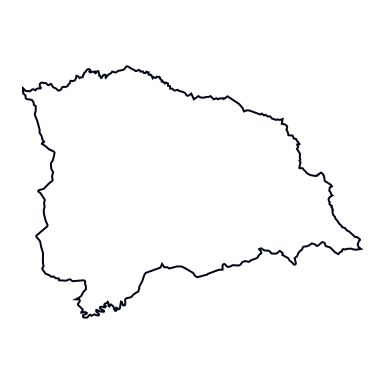 EA Hleo, Đắk Lắk, Vietnam
{"feature_id": "81297802B9030212335391", "entity_name": "EA Hleo", "entity_type": "district", "adm_level": 2, "iso_a3": "VNM", "parent_name": "Vietnam", "parent_adm1": "Đắk Lắk", "projection": "mercator", "projection_center": [108.186, 13.232], "detail": "fine", "context": "isolated", "style": "outline", "palette": "ink", "viewbox_px": 384, "rotation_deg": 0, "n_neighbors": 0, "source": "geoboundaries", "source_scale": "gbopen_adm2", "svg_char_len": 5788}
<svg xmlns="http://www.w3.org/2000/svg" viewBox="0 0 384 384"><path d="M260.4,114.5L249.3,110.5L247.0,110.3L243.9,111.4L242.7,108.2L239.1,104.0L227.5,96.3L224.8,98.4L224.0,98.2L223.6,99.0L222.4,98.2L221.3,98.6L220.4,98.3L217.9,99.2L216.4,98.3L213.6,99.3L210.6,96.1L209.1,96.8L206.3,97.0L203.5,97.7L200.5,97.5L198.4,96.1L193.9,99.3L191.3,93.6L188.9,95.4L187.4,95.8L186.3,95.1L185.4,93.3L183.5,92.1L179.0,90.9L177.7,89.8L175.0,90.6L173.6,90.0L172.1,88.6L170.2,88.7L170.0,86.1L168.1,85.9L168.0,83.5L166.2,82.7L165.1,83.4L164.9,82.6L163.3,82.4L163.2,81.8L161.7,81.5L162.1,80.4L160.8,79.6L160.0,78.4L160.1,77.5L159.1,76.8L158.4,77.2L157.5,76.7L156.7,76.7L155.8,77.9L153.9,77.5L153.3,77.0L152.7,77.9L152.5,77.1L151.7,76.5L151.5,75.5L150.5,74.5L149.3,74.9L148.6,74.5L148.1,73.2L148.6,72.4L146.2,71.7L145.6,73.1L143.6,72.9L142.8,71.4L140.4,71.6L139.8,70.5L138.8,69.9L136.6,71.0L135.5,71.1L134.0,69.7L132.7,69.4L128.3,66.7L127.1,66.3L126.1,66.6L124.7,68.8L123.2,69.9L118.0,70.9L116.5,72.2L115.3,72.5L112.2,71.6L111.1,73.1L108.3,74.7L105.8,77.8L105.5,77.2L106.1,75.5L105.2,74.7L103.4,75.1L101.6,77.8L101.1,78.0L100.2,76.0L99.2,75.7L99.4,74.7L98.3,71.1L96.8,71.5L96.3,72.7L95.5,73.3L95.1,73.1L95.3,71.8L95.0,71.4L93.5,71.9L91.8,71.9L90.5,72.5L89.3,71.7L89.5,71.1L90.4,70.6L90.4,70.2L89.4,69.2L87.9,69.1L86.5,70.3L85.7,71.8L84.3,72.7L84.0,74.4L83.1,74.9L82.8,77.0L81.7,77.4L80.9,77.3L79.7,78.1L77.9,76.1L76.4,75.8L76.1,77.9L74.8,80.4L72.6,81.1L70.5,80.8L69.7,83.4L68.9,83.9L67.4,86.2L65.3,87.1L64.1,86.7L62.2,87.2L61.0,89.6L58.9,90.6L58.1,90.5L56.1,88.6L52.9,87.1L51.3,84.1L50.6,83.9L48.8,85.2L48.2,85.2L45.7,83.0L43.6,83.1L42.1,82.5L40.7,83.0L39.7,84.2L39.8,86.2L40.8,87.8L40.5,88.5L37.9,88.4L36.5,88.9L35.5,90.3L33.2,89.2L31.6,89.9L30.1,91.3L25.7,90.9L25.0,90.6L24.7,89.8L23.0,88.2L23.1,92.8L23.4,93.6L25.4,95.3L25.7,98.1L26.8,99.1L31.7,99.8L33.5,102.1L33.9,104.9L35.8,106.2L35.7,111.2L35.1,112.7L34.8,114.7L37.4,121.4L39.6,129.7L39.6,132.8L41.5,135.8L42.7,140.3L44.1,141.6L43.8,142.3L42.2,143.0L41.9,143.9L45.4,146.1L49.4,149.6L50.8,149.8L51.2,150.4L54.0,151.6L54.6,153.0L53.0,160.0L51.1,162.9L50.9,164.3L51.3,168.8L53.1,172.3L52.0,176.5L52.7,179.9L51.9,181.2L49.1,183.3L44.2,188.4L43.5,188.9L39.0,190.1L38.2,190.9L38.3,191.5L40.7,193.4L44.7,199.6L44.8,200.5L44.3,201.6L44.1,203.2L44.6,206.8L43.8,209.9L43.9,213.6L45.6,220.6L47.6,225.2L47.2,226.4L36.4,235.6L36.4,236.9L39.7,240.7L40.4,242.5L41.1,246.7L43.0,253.0L42.9,261.8L43.5,266.3L42.2,268.3L42.5,269.3L45.4,273.6L49.5,275.3L51.2,276.8L53.7,276.5L55.6,278.2L58.8,278.5L59.0,280.3L66.3,280.7L68.8,279.5L70.3,279.4L72.4,281.2L83.5,280.3L84.5,280.6L85.2,281.6L84.9,283.6L85.8,285.8L86.0,289.1L83.2,292.2L81.3,295.9L79.7,297.2L75.8,299.3L79.2,299.4L79.8,300.2L79.6,301.6L78.1,303.6L77.9,304.8L82.6,309.3L82.8,310.0L81.3,312.2L81.4,312.8L84.5,312.0L85.8,312.3L86.9,313.1L86.5,313.8L83.1,315.1L83.0,316.5L83.3,317.3L85.2,317.7L87.4,317.4L89.2,315.3L90.2,314.7L91.6,315.8L94.4,314.4L97.5,315.5L98.7,315.3L99.0,314.8L98.8,313.9L96.3,311.6L96.3,310.0L97.0,309.9L99.8,311.4L103.7,311.8L104.1,311.3L103.9,310.7L100.5,308.8L100.0,308.2L100.1,307.1L101.6,306.6L104.2,307.4L105.3,307.2L105.8,306.1L104.3,305.4L104.3,304.5L104.9,303.8L106.8,302.9L107.7,301.8L108.1,302.1L108.7,306.2L109.4,306.5L110.1,304.6L111.1,304.5L113.5,306.7L114.0,308.7L115.2,310.8L115.8,310.9L116.3,310.3L116.1,307.8L117.1,307.9L118.1,309.2L119.1,309.2L119.9,308.1L121.0,301.6L121.8,301.9L122.9,305.1L123.6,305.5L124.9,305.1L125.3,304.1L125.1,299.5L125.6,298.9L126.5,298.2L130.4,297.4L131.9,296.4L133.4,294.5L138.2,291.5L139.3,288.3L139.2,286.8L142.3,281.1L144.3,275.0L145.7,272.9L160.4,267.6L162.1,263.9L164.1,267.0L164.9,267.3L167.4,267.2L168.8,268.3L169.6,268.4L177.2,266.4L181.5,266.5L184.5,267.9L193.1,272.9L195.2,276.1L197.4,277.2L207.1,274.6L207.8,273.9L218.4,269.9L222.6,269.6L222.5,265.5L223.3,264.4L224.0,264.0L224.6,264.0L227.1,266.6L228.5,266.9L229.7,266.7L232.6,265.2L238.8,265.5L240.2,264.9L242.4,262.1L243.2,261.7L245.5,261.1L248.8,261.9L251.5,260.0L255.9,258.5L257.7,257.4L258.8,255.2L261.3,253.2L260.9,251.3L259.1,249.2L260.8,248.4L261.4,248.4L264.2,250.4L268.6,250.7L269.7,251.3L271.4,253.4L272.5,253.6L276.0,253.6L277.3,253.1L279.4,251.0L280.4,251.2L282.8,253.4L282.3,254.9L288.1,258.1L289.7,260.6L291.9,262.2L293.7,264.4L294.5,264.7L295.4,264.4L295.9,263.3L294.6,258.1L297.0,256.3L298.6,252.7L299.7,251.3L301.9,249.6L303.0,247.3L303.9,246.6L306.6,246.4L309.3,245.2L311.9,243.4L315.1,244.5L317.0,246.0L318.7,245.2L321.7,242.4L322.9,242.2L324.1,242.7L324.7,243.2L325.5,245.7L326.0,246.2L330.1,247.4L335.4,252.6L338.3,254.1L340.3,251.9L342.0,251.4L342.3,249.7L343.1,249.1L345.2,249.5L346.6,248.9L350.8,248.6L354.2,249.6L356.8,249.6L361.0,248.9L358.5,247.1L357.7,244.4L358.8,241.2L359.9,240.2L359.9,239.4L357.4,237.2L355.3,237.1L349.2,231.6L346.9,230.4L344.8,228.0L342.1,227.2L341.4,225.6L339.3,223.8L336.8,220.0L335.4,218.7L335.0,216.9L333.3,215.1L332.4,211.9L333.0,210.4L332.3,209.8L332.5,208.5L331.6,207.5L332.0,206.9L331.9,206.1L331.1,205.9L330.8,205.2L329.6,204.4L329.4,203.6L329.8,202.3L329.0,201.2L328.5,199.1L329.7,197.1L332.4,195.5L331.3,194.7L330.8,192.6L329.3,190.9L329.8,187.4L331.9,186.4L330.9,184.8L324.8,181.0L323.9,175.6L323.4,175.4L323.0,174.2L321.1,172.6L319.7,173.4L318.8,174.5L317.5,174.6L317.3,175.6L316.7,175.9L314.7,175.9L310.1,175.0L307.0,173.2L302.4,168.2L299.8,168.2L299.3,167.9L300.5,162.2L299.5,160.6L300.3,159.6L299.8,157.6L300.0,153.7L296.9,148.9L298.1,147.3L297.2,144.5L297.9,144.2L299.0,144.6L299.5,144.0L296.8,140.6L296.0,138.9L293.8,138.5L292.6,135.6L288.4,135.2L287.7,131.9L286.4,129.6L287.2,127.8L286.8,125.8L284.6,124.3L281.8,123.9L282.6,119.0L280.6,119.8L278.4,119.8L277.6,119.4L276.0,119.9L271.9,118.5L270.3,116.5L267.7,116.4L265.4,114.8L264.0,115.4L261.8,113.6L260.4,114.5Z" fill="none" stroke="#020617" stroke-width="2"/></svg>